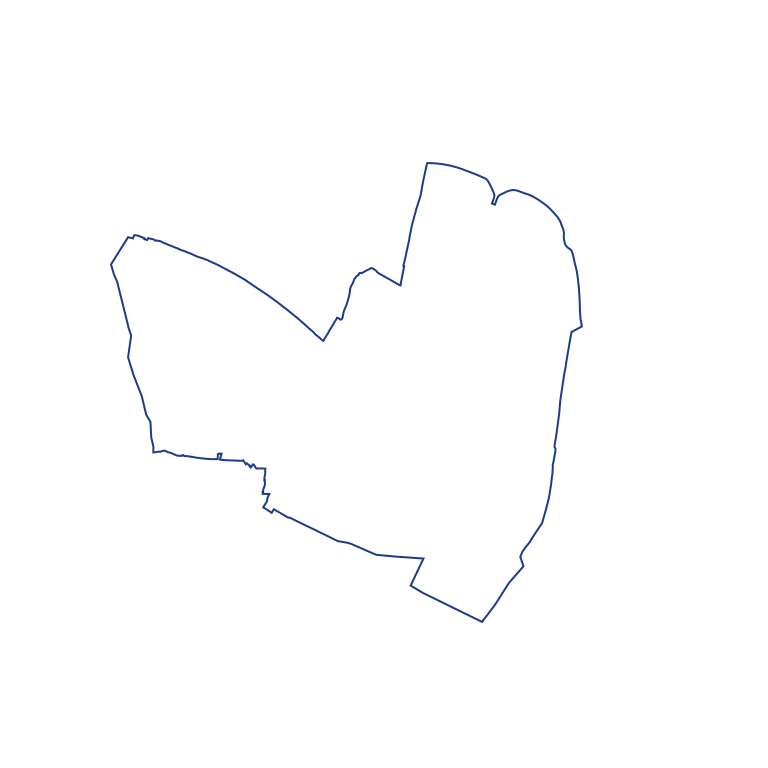 outline of Oldebroek, Gelderland, Netherlands, rotated 330°
{"feature_id": "6326949B62245249446035", "entity_name": "Oldebroek", "entity_type": "district", "adm_level": 2, "iso_a3": "NLD", "parent_name": "Netherlands", "parent_adm1": "Gelderland", "projection": "albers", "projection_center": [5.93, 52.457], "detail": "fine", "context": "isolated", "style": "outline", "palette": "blue", "viewbox_px": 768, "rotation_deg": 330, "n_neighbors": 0, "source": "geoboundaries", "source_scale": "gbopen_adm2", "svg_char_len": 6046}
<svg xmlns="http://www.w3.org/2000/svg" viewBox="0 0 768 768"><g transform="rotate(330 384 384)"><path d="M207.4,143.9L204.9,154.2L204.0,162.1L194.1,196.7L190.7,208.3L189.3,215.6L175.7,232.9L171.5,251.4L168.1,273.6L162.7,291.7L162.8,300.0L155.7,314.0L152.9,323.1L150.0,327.9L150.7,328.3L152.7,329.1L154.7,329.8L155.1,329.8L155.4,330.0L155.9,330.6L156.4,331.0L156.7,331.0L157.7,331.0L158.2,331.1L159.0,331.4L160.3,331.9L160.7,332.0L160.9,332.1L161.1,332.3L161.7,333.5L162.1,334.1L162.9,335.1L165.2,337.4L165.7,337.9L166.4,339.3L167.6,340.6L168.2,341.6L169.0,342.5L169.7,343.0L170.2,343.3L170.6,343.6L171.0,344.1L171.8,344.5L172.0,344.6L172.5,344.6L172.8,345.0L173.0,345.1L173.4,344.9L174.0,345.1L174.4,345.0L174.6,345.2L174.6,345.6L174.9,345.9L174.9,346.3L175.5,347.0L176.0,347.0L176.3,347.3L176.9,347.6L177.3,348.0L178.0,348.5L178.5,348.9L179.0,349.2L179.2,349.5L180.3,350.3L180.9,350.9L181.5,351.1L182.0,351.8L182.5,352.2L183.2,352.6L183.6,353.1L183.9,353.4L184.2,353.6L186.6,355.4L187.2,355.8L187.7,356.3L187.9,356.5L188.5,356.8L189.2,357.5L189.6,357.7L190.3,358.1L190.6,358.5L191.2,358.8L191.7,359.2L192.9,360.1L193.6,360.5L194.7,361.4L195.2,361.5L195.8,362.1L199.2,364.1L200.8,365.0L201.5,365.3L202.4,365.8L205.1,361.7L206.1,362.1L206.3,361.8L208.5,363.1L204.1,367.4L204.9,368.2L205.7,368.5L207.9,370.2L210.9,372.2L216.1,375.4L218.6,377.0L222.2,379.3L223.3,379.7L224.0,379.7L224.2,384.4L224.8,384.2L225.6,384.1L225.9,385.2L227.2,388.0L226.4,388.4L226.8,389.7L230.4,388.1L231.0,389.5L231.0,390.7L231.1,392.5L231.1,392.8L231.6,393.6L235.6,395.8L237.3,396.9L238.9,398.0L238.2,398.9L237.3,400.5L236.5,402.0L236.0,402.7L234.1,404.7L233.8,405.2L232.4,407.2L232.1,407.5L232.2,407.8L232.6,407.9L232.0,409.0L230.9,411.0L231.0,411.1L228.6,413.6L228.4,413.5L228.0,413.8L225.0,416.8L225.4,417.0L224.0,418.5L229.7,421.9L226.6,424.0L226.1,424.4L224.5,426.3L223.4,427.6L222.0,428.1L220.4,429.0L219.0,429.7L218.0,430.3L217.7,430.6L218.2,431.0L219.7,434.2L220.5,435.7L220.9,436.4L222.3,439.4L226.0,437.4L234.3,451.9L235.7,452.7L235.8,452.9L235.7,452.9L237.8,456.0L243.6,464.6L245.9,468.1L246.3,468.6L247.2,469.9L252.2,477.2L265.6,497.2L266.2,497.5L272.9,503.2L275.6,506.0L289.2,524.5L289.4,524.7L292.0,528.1L306.8,538.6L330.9,554.9L306.3,571.9L313.3,584.5L350.0,639.1L352.2,637.9L358.1,635.7L359.7,635.0L362.8,633.6L366.6,632.1L369.9,630.6L373.1,629.0L391.3,619.5L393.2,618.6L400.1,616.2L413.6,611.6L415.6,601.8L420.1,598.4L420.5,598.2L424.9,596.2L427.8,595.1L431.3,593.7L434.5,591.8L447.5,585.4L451.0,583.7L453.0,582.0L460.4,574.7L467.0,568.1L468.8,566.2L472.1,562.4L478.9,554.0L481.8,550.0L485.3,545.5L488.6,540.4L489.0,539.7L489.8,538.2L490.2,537.7L491.7,536.4L492.2,535.7L493.3,534.5L494.4,533.1L495.9,531.4L497.8,529.2L499.4,527.1L500.0,526.2L500.1,525.8L500.2,525.1L500.2,524.0L500.3,523.8L500.4,523.3L500.8,522.8L502.2,521.0L506.2,516.2L508.4,513.4L513.1,507.4L519.7,498.8L521.4,496.6L522.4,495.0L522.7,494.8L523.3,493.7L528.7,486.1L545.6,464.8L548.6,461.5L552.2,456.9L565.2,441.2L568.0,438.0L572.4,432.7L580.0,433.0L584.1,433.1L585.3,430.1L585.8,428.4L587.0,425.3L588.1,423.0L590.9,417.4L594.3,411.2L596.8,406.4L600.2,399.4L601.3,397.1L601.6,396.3L603.1,393.0L604.0,391.1L606.9,383.9L608.2,379.9L609.6,374.9L610.7,371.5L611.5,369.1L612.7,364.4L613.0,363.1L613.0,361.3L611.5,358.1L610.7,355.3L610.8,353.8L611.0,352.6L611.6,350.4L612.1,348.9L613.1,346.7L615.6,342.8L616.5,339.9L616.7,338.8L617.0,336.4L618.0,331.0L617.9,329.2L617.7,325.8L617.3,324.1L617.0,322.4L616.3,319.0L615.5,315.7L614.5,312.4L613.3,309.2L610.3,302.6L608.9,299.9L607.2,297.0L605.3,294.1L603.3,291.5L601.0,289.0L596.4,283.5L595.2,282.3L593.7,281.2L592.6,280.5L591.2,279.9L589.4,279.3L588.0,279.0L586.6,278.8L579.3,278.2L577.5,278.3L576.7,278.7L575.1,279.6L569.7,284.1L568.2,282.2L567.7,281.7L571.8,278.3L573.1,277.0L574.1,275.5L574.5,273.9L574.8,272.2L575.2,268.1L575.5,263.4L575.5,261.1L575.5,259.9L575.1,257.9L574.3,256.3L572.4,253.8L568.0,247.9L558.6,236.4L556.2,233.7L553.3,230.7L550.8,228.2L548.7,226.4L546.2,224.2L543.8,222.3L540.1,219.5L537.7,217.9L535.4,216.4L532.1,214.4L531.8,214.3L531.6,214.5L531.4,214.6L518.5,228.9L514.3,233.8L511.7,237.0L509.9,239.1L498.5,249.5L498.2,249.9L490.5,257.5L487.7,260.3L478.7,270.6L478.7,270.8L465.6,285.3L459.8,291.5L460.3,292.1L449.7,304.3L447.7,306.9L447.4,306.9L434.4,284.8L434.0,283.5L433.9,282.6L433.8,282.0L433.6,281.4L433.3,280.7L431.8,278.1L431.5,277.9L431.1,277.3L430.8,277.2L430.5,277.1L428.2,277.2L426.4,276.9L420.1,276.9L419.2,276.0L418.9,275.8L418.2,275.7L417.7,275.9L417.1,276.4L416.8,276.6L416.3,276.8L413.8,277.0L412.2,277.7L410.8,278.2L410.4,278.7L410.0,279.0L406.8,281.5L406.2,281.9L405.8,281.9L405.0,282.4L403.5,283.5L401.7,285.3L401.5,285.5L401.2,286.3L401.1,286.5L399.2,288.6L398.6,289.4L396.8,291.3L393.7,294.3L391.0,296.8L386.8,299.9L386.0,300.6L385.2,301.3L383.5,303.2L383.2,303.5L381.5,305.6L380.7,306.2L379.9,306.7L379.3,306.8L378.5,306.5L377.7,304.6L377.4,304.2L376.9,303.6L376.4,303.2L376.0,303.6L371.4,306.0L370.2,306.8L368.7,307.6L365.2,309.5L363.0,310.6L361.2,311.9L357.1,314.0L353.0,316.3L352.6,315.6L352.3,314.8L351.4,312.1L349.5,306.9L349.2,306.0L349.0,304.4L348.6,303.1L347.8,300.9L346.7,297.8L345.4,293.5L344.3,290.4L341.6,282.5L341.3,281.9L337.1,270.8L335.3,266.5L332.8,260.4L331.6,257.6L328.5,250.6L326.3,246.0L320.2,233.7L316.5,226.1L316.6,225.7L316.2,225.2L314.9,222.9L313.9,221.1L308.5,211.8L306.7,209.1L303.4,203.8L299.6,197.7L294.8,191.1L292.9,188.2L290.1,184.9L289.8,184.3L289.2,183.9L285.7,179.9L281.6,174.2L279.0,171.1L278.8,170.6L278.3,170.0L275.0,166.2L274.0,164.9L273.7,164.2L267.9,157.0L263.4,151.1L262.8,150.3L262.3,149.3L262.0,148.9L260.2,147.1L259.7,146.7L258.7,146.3L258.4,146.0L258.5,145.9L257.9,145.3L257.2,144.9L257.3,144.5L256.4,143.2L252.7,139.8L250.9,140.9L250.2,140.0L249.2,139.2L248.9,138.7L249.4,138.4L249.5,138.3L249.5,138.1L249.2,137.6L248.8,137.0L248.4,136.8L247.8,136.0L246.9,134.8L245.5,132.9L244.0,131.6L243.4,131.2L242.4,130.3L242.1,130.3L241.7,130.5L240.1,131.7L239.4,132.3L235.7,128.9L235.4,129.1L207.4,143.9Z" fill="none" stroke="#1e3a8a" stroke-width="2"/></g></svg>